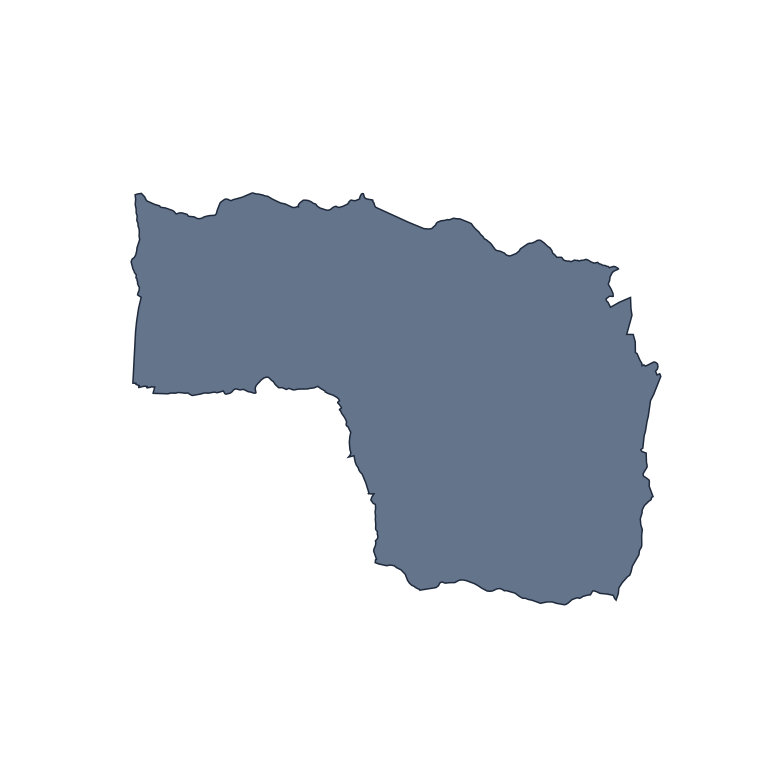 outline of Alunu, Vâlcea, Romania, rotated 288°
{"feature_id": "2599482B60597853099448", "entity_name": "Alunu", "entity_type": "district", "adm_level": 2, "iso_a3": "ROU", "parent_name": "Romania", "parent_adm1": "Vâlcea", "projection": "natural_earth1", "projection_center": [23.807, 45.015], "detail": "fine", "context": "isolated", "style": "filled", "palette": "slate", "viewbox_px": 768, "rotation_deg": 288, "n_neighbors": 0, "source": "geoboundaries", "source_scale": "gbopen_adm2", "svg_char_len": 6161}
<svg xmlns="http://www.w3.org/2000/svg" viewBox="0 0 768 768"><g transform="rotate(288 384 384)"><path d="M488.5,635.7L488.4,633.9L481.8,627.2L482.5,625.3L481.2,623.8L483.1,623.0L485.9,619.9L491.1,615.3L491.6,613.4L501.8,609.9L508.1,605.7L506.2,599.5L526.0,598.6L531.7,595.7L542.5,591.7L534.4,582.5L527.0,575.7L530.8,571.9L531.1,571.5L531.2,570.8L532.6,569.3L533.8,569.0L537.2,571.4L537.9,574.4L538.3,574.9L540.7,573.9L544.2,570.9L547.9,566.8L548.7,566.4L552.2,566.6L555.7,565.9L560.6,566.7L562.7,568.1L565.4,571.1L565.9,571.4L566.4,570.6L567.0,567.8L566.8,566.0L564.3,562.4L565.0,560.9L564.8,559.9L565.0,557.6L564.5,555.4L564.9,553.6L564.9,551.2L565.7,549.7L563.9,546.5L564.1,543.1L565.0,539.5L564.9,537.4L563.6,535.9L562.4,533.0L561.1,531.4L561.5,530.1L560.9,528.7L560.7,526.8L558.9,525.1L558.1,523.8L558.1,521.9L557.5,520.2L557.3,517.7L557.6,516.1L558.9,514.7L559.3,513.5L557.9,509.2L559.6,506.6L560.6,504.0L562.8,502.4L564.8,499.7L565.4,497.3L567.7,492.6L569.0,488.6L568.8,487.2L568.0,485.5L565.5,483.3L563.6,481.0L562.6,478.5L561.7,477.4L554.7,472.0L552.2,471.4L549.0,469.4L545.1,464.8L544.5,463.5L544.5,460.4L545.7,458.2L546.2,453.5L545.8,450.3L546.1,448.5L550.7,442.1L552.7,436.9L553.2,434.4L554.9,432.4L556.1,429.6L557.9,427.3L559.5,423.6L561.2,420.6L563.5,417.5L563.8,415.3L564.5,405.1L563.6,402.0L563.2,399.0L560.3,395.4L560.0,393.5L558.6,391.6L556.8,387.7L554.4,384.9L552.9,384.1L551.3,384.0L546.5,381.3L545.2,378.6L544.1,373.9L545.4,357.1L549.5,321.6L550.4,320.3L553.4,318.2L554.0,317.0L555.2,316.7L555.5,316.3L554.7,311.1L554.8,309.0L555.6,307.6L558.6,305.6L558.5,304.9L558.1,304.2L557.3,303.7L554.2,303.3L552.5,303.6L549.6,300.3L549.0,298.3L548.8,296.1L548.4,295.4L546.1,294.3L544.0,293.9L540.1,289.8L538.0,286.6L537.8,285.4L538.2,283.6L537.9,282.8L536.2,280.9L533.5,279.2L532.1,277.4L531.6,275.7L531.6,268.8L532.4,265.7L534.0,263.5L534.0,261.0L534.9,258.0L535.1,255.1L534.5,252.2L533.8,250.4L530.8,248.3L528.5,247.3L527.4,247.3L526.1,247.9L526.1,247.0L524.6,245.2L523.8,243.2L523.8,241.2L524.7,234.5L524.2,229.6L525.3,221.2L526.6,215.3L526.1,212.8L526.3,210.7L525.9,206.3L525.2,203.3L525.2,200.7L524.8,199.4L517.8,191.4L512.7,183.6L511.0,181.8L511.4,178.0L511.1,176.6L510.4,175.4L506.6,172.6L505.2,172.1L497.8,171.7L494.2,171.9L492.7,171.4L491.9,170.3L490.5,166.6L488.9,163.6L487.1,161.0L485.5,159.7L484.1,157.2L483.7,155.2L484.3,151.8L483.1,146.2L484.5,144.3L484.3,139.0L483.6,136.7L481.5,133.8L483.4,130.6L483.7,129.2L483.9,121.6L483.1,117.2L483.2,116.6L484.0,115.7L484.1,115.0L483.9,110.6L484.8,102.2L485.7,100.7L488.0,98.6L490.3,94.3L488.2,90.3L487.0,88.8L483.0,90.7L477.6,92.0L473.8,94.2L470.0,95.5L467.6,97.3L463.1,98.4L460.9,100.3L458.2,101.3L455.5,103.3L451.2,104.9L449.6,105.1L445.8,107.0L437.1,107.0L434.7,107.6L430.0,108.0L427.2,107.4L425.0,105.9L422.1,105.7L415.7,109.8L414.2,111.4L412.8,112.3L411.5,114.4L410.5,114.9L408.6,115.2L407.9,115.7L407.6,116.6L405.8,117.3L405.2,118.1L403.5,118.5L401.1,120.4L400.4,121.5L396.9,122.2L395.3,121.9L392.6,122.1L391.4,126.3L380.1,127.2L366.9,129.4L356.8,131.6L307.2,144.9L308.0,147.9L307.0,148.2L306.8,151.7L305.4,151.5L304.9,151.9L307.9,156.8L308.4,159.6L307.3,159.5L307.1,159.8L308.7,163.0L309.7,163.8L309.6,164.6L310.3,166.9L303.9,167.2L303.9,167.8L307.9,181.5L309.5,184.1L311.1,189.1L312.0,190.1L312.9,193.1L313.8,197.8L314.8,199.9L313.8,204.6L313.9,205.4L318.0,213.1L319.9,215.7L321.1,220.0L323.9,225.2L324.0,227.3L324.3,228.3L327.7,233.4L325.6,235.7L325.5,236.8L327.6,240.3L329.2,241.6L332.4,243.1L333.7,244.8L333.8,248.8L335.5,252.0L334.7,257.3L335.1,259.5L335.1,262.9L335.6,264.6L336.2,264.9L339.2,263.2L341.1,262.7L343.5,263.0L350.1,266.1L352.7,268.0L354.3,270.3L354.6,271.6L354.4,272.6L352.5,276.5L352.0,278.2L349.9,280.7L347.9,285.0L349.1,288.4L348.6,292.8L350.5,294.9L350.3,299.3L350.8,300.8L352.6,303.9L355.6,312.7L356.9,314.8L358.6,318.5L361.3,321.8L360.1,325.3L359.2,329.9L358.3,330.5L357.7,333.9L357.6,339.1L356.8,342.9L355.9,345.3L354.4,346.8L352.5,345.7L351.8,345.8L350.6,348.0L348.4,350.8L347.8,350.9L346.4,349.7L345.7,349.6L345.2,350.8L342.9,352.9L340.4,356.3L338.3,358.6L336.4,360.1L333.4,360.6L332.5,361.6L332.6,362.5L327.8,367.3L323.3,367.8L317.9,369.0L311.2,371.8L308.3,373.8L305.9,373.8L303.5,372.8L306.5,377.6L300.9,380.7L298.4,382.7L296.3,385.4L294.3,386.8L292.8,388.7L291.5,391.1L284.3,397.3L275.9,403.2L275.0,402.9L274.8,403.3L275.3,404.1L275.4,405.9L276.3,407.5L276.5,408.4L272.8,407.4L269.6,407.3L267.1,410.7L266.9,412.8L265.8,413.5L262.5,414.6L259.7,415.0L255.7,416.8L252.7,417.5L248.3,419.4L243.6,420.8L242.8,421.4L241.6,423.3L238.9,424.1L237.5,425.2L234.9,425.6L232.1,424.3L230.6,425.3L227.6,425.8L224.2,425.4L221.9,425.8L214.9,431.1L214.3,430.3L211.4,430.8L211.2,434.4L212.0,442.7L213.8,445.9L214.3,449.9L213.2,452.8L212.5,457.6L209.5,463.1L204.7,466.9L202.6,469.5L201.1,472.6L201.0,474.5L200.0,477.6L199.6,480.8L199.0,481.8L206.4,496.3L208.7,498.0L212.2,498.7L213.3,499.8L213.7,500.8L213.5,503.7L215.2,507.5L217.0,512.7L220.3,515.8L221.1,517.0L222.1,520.0L222.4,522.5L222.1,531.4L221.4,535.2L220.0,540.1L219.0,546.0L219.5,548.5L220.6,551.0L224.2,554.9L225.3,557.6L225.2,559.9L224.5,562.4L225.1,563.5L225.3,564.5L225.6,573.2L223.9,578.2L223.1,581.7L223.2,582.7L223.9,584.4L223.7,587.7L224.1,591.8L223.8,600.6L227.1,606.4L228.7,611.2L228.7,615.8L229.8,623.8L230.7,625.3L232.7,626.9L237.1,629.5L240.4,633.7L240.6,636.1L241.2,637.0L243.6,639.0L246.0,642.7L247.3,645.5L251.2,646.3L252.0,646.8L252.2,650.0L251.6,654.1L253.2,661.2L253.8,667.0L253.3,667.9L251.3,669.6L250.2,671.5L256.9,671.6L262.7,670.4L268.5,671.9L275.9,675.1L278.1,676.8L281.5,677.0L287.6,676.5L300.4,679.2L304.7,678.4L308.2,679.2L310.3,679.0L319.7,675.8L325.3,674.7L329.3,671.8L335.0,669.4L341.0,669.3L343.9,668.5L348.8,669.2L354.5,672.2L356.1,673.5L357.0,673.8L358.8,673.5L360.0,674.7L368.7,667.8L373.3,666.5L374.6,665.7L376.1,661.4L376.3,659.7L377.7,658.5L379.0,658.2L386.3,659.9L388.3,659.2L390.4,657.9L399.3,654.7L399.5,650.6L400.0,649.2L401.0,648.5L402.9,650.0L415.3,647.4L419.5,647.3L429.8,645.7L435.1,645.3L450.5,642.6L457.3,643.7L476.8,644.9L478.9,643.1L477.0,640.8L480.1,638.3L482.6,639.4L485.2,639.2L487.6,637.9L488.5,635.7Z" fill="#64748b" stroke="#1e293b" stroke-width="1.5"/></g></svg>